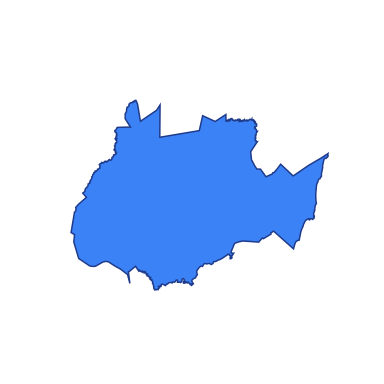 the district of San Ignacio, Sinaloa, Mexico, rotated 231°
{"feature_id": "50627088B92995602725414", "entity_name": "San Ignacio", "entity_type": "district", "adm_level": 2, "iso_a3": "MEX", "parent_name": "Mexico", "parent_adm1": "Sinaloa", "projection": "equal_earth", "projection_center": [-106.307, 23.924], "detail": "fine", "context": "isolated", "style": "filled", "palette": "blue", "viewbox_px": 384, "rotation_deg": 231, "n_neighbors": 0, "source": "geoboundaries", "source_scale": "gbopen_adm2", "svg_char_len": 6114}
<svg xmlns="http://www.w3.org/2000/svg" viewBox="0 0 384 384"><g transform="rotate(231 192 192)"><path d="M160.1,86.2L169.9,92.3L169.7,92.7L169.8,101.4L165.1,100.9L165.0,101.4L164.5,101.1L164.6,101.6L163.8,101.3L163.3,101.7L163.1,102.3L162.8,102.1L162.6,102.4L162.2,102.3L161.6,103.1L160.8,102.9L160.6,103.4L161.1,103.9L160.3,104.0L159.7,105.5L159.1,105.1L158.9,104.3L158.2,105.3L156.7,104.6L156.3,105.6L155.9,104.7L155.0,104.3L154.2,105.0L154.2,105.5L153.7,105.3L152.8,105.5L152.4,105.0L152.0,105.4L151.6,105.1L151.4,105.2L151.4,105.9L150.9,105.5L150.7,104.6L149.8,104.8L149.1,105.5L148.8,104.8L147.4,105.2L145.8,103.8L144.6,103.8L143.4,103.0L142.4,102.8L141.9,102.1L140.8,101.6L139.2,101.5L139.3,102.3L138.4,102.9L138.2,103.6L137.9,103.8L137.9,104.2L137.5,104.4L138.1,105.2L138.0,106.4L139.8,106.4L139.0,107.9L138.2,108.1L138.1,108.5L138.5,109.1L139.2,109.2L139.4,110.4L139.0,111.1L135.9,112.6L136.3,113.2L136.5,114.1L135.9,114.9L136.0,116.8L135.3,118.5L133.8,119.3L134.1,120.8L132.9,121.6L132.9,122.7L133.5,123.9L133.0,125.1L132.3,125.1L131.1,123.9L130.3,124.6L130.1,125.5L129.0,126.0L128.7,126.4L129.1,128.1L130.6,129.7L130.4,130.2L130.0,130.8L129.0,130.9L128.3,130.6L127.3,128.4L126.4,128.1L125.7,129.0L126.7,130.2L126.5,130.6L126.6,131.1L125.8,130.1L125.6,130.7L125.2,130.5L124.2,131.3L124.5,131.9L124.2,132.4L123.7,132.1L121.7,132.8L121.3,132.3L120.6,132.6L121.0,133.5L120.9,133.7L119.7,133.1L119.7,134.0L120.0,134.4L119.8,135.3L122.8,135.7L123.5,136.5L123.7,138.7L123.1,140.8L123.9,142.2L124.3,144.0L126.9,145.3L127.8,146.3L128.8,150.0L128.9,151.3L128.6,152.7L127.6,153.3L128.6,156.2L128.1,157.3L126.7,158.3L126.2,159.6L125.2,160.8L123.6,161.2L123.2,163.3L124.2,164.7L124.2,165.1L123.2,166.4L122.7,168.4L122.7,169.5L122.0,170.7L121.4,174.2L120.8,181.3L120.1,181.8L119.7,181.3L119.0,181.3L118.0,182.2L117.1,180.4L116.2,179.7L115.6,180.4L115.6,181.0L115.8,181.8L116.6,181.8L116.9,182.1L118.2,185.9L119.6,184.3L120.9,184.7L124.9,192.0L125.2,193.2L123.8,197.0L121.9,200.7L111.1,212.3L112.0,217.7L110.8,218.1L109.6,226.9L110.6,227.5L110.2,230.8L83.9,235.1L87.0,239.4L87.8,241.0L88.0,241.8L87.7,244.2L87.1,245.0L92.4,251.3L94.3,254.2L95.3,256.5L96.5,258.0L98.2,261.7L98.4,262.9L98.0,265.7L97.7,266.1L97.1,266.4L96.8,266.3L96.6,265.7L96.3,265.9L96.5,266.5L96.3,267.9L94.7,268.6L95.1,269.9L94.9,270.1L95.5,270.4L95.4,270.8L95.8,271.5L96.3,271.8L96.4,271.4L96.8,271.5L99.4,273.7L99.6,274.6L100.4,275.2L100.6,276.2L101.3,276.4L103.9,279.2L104.9,281.6L107.2,282.8L112.5,286.8L118.9,293.0L120.0,294.7L120.8,296.3L121.9,297.9L122.2,299.2L121.8,299.8L122.6,301.6L122.7,302.5L124.7,304.0L128.8,309.0L129.6,309.4L131.3,311.3L134.3,315.1L134.6,316.6L133.8,317.2L133.9,319.6L134.6,320.7L135.3,320.7L136.3,321.9L137.1,313.9L139.3,299.6L140.8,280.7L157.8,278.4L156.3,272.5L155.5,268.0L156.1,266.9L155.5,265.7L157.3,259.1L166.7,259.6L169.0,256.9L172.2,257.1L179.8,258.6L186.4,263.0L190.0,274.4L190.6,273.5L191.5,274.1L192.2,273.7L192.7,274.3L193.4,274.3L193.8,275.6L194.6,275.5L195.2,276.5L195.9,276.6L196.1,277.2L196.0,277.8L197.0,278.3L198.0,281.0L198.5,280.4L199.8,281.2L200.5,281.0L201.2,281.3L201.7,281.0L201.9,281.3L202.6,281.1L203.2,282.0L202.6,282.6L202.7,283.7L202.9,284.1L203.5,284.2L204.1,285.0L204.9,284.5L205.2,284.7L205.8,284.0L206.1,284.2L206.1,284.8L206.8,284.6L207.0,285.3L207.9,284.6L208.3,285.3L208.6,285.1L209.1,285.3L209.7,284.9L209.5,284.5L210.1,283.8L211.0,284.4L210.8,284.0L210.9,283.4L212.1,282.9L212.0,281.3L212.6,281.6L212.1,280.9L212.4,279.7L213.4,280.0L213.6,279.3L213.2,279.0L213.4,278.6L214.4,278.2L215.1,278.4L214.8,277.6L214.8,276.5L215.3,276.0L215.3,276.8L215.8,276.9L215.9,275.6L215.6,275.4L216.5,275.1L216.1,274.9L216.4,274.6L216.3,274.2L217.1,273.1L217.5,274.1L217.3,274.6L217.9,274.5L218.2,275.0L218.5,275.0L218.7,273.2L219.0,273.4L219.0,274.1L219.6,273.6L219.5,272.1L220.4,271.3L220.1,270.9L220.6,269.7L221.4,269.9L222.0,269.4L222.1,268.8L222.6,268.7L223.8,269.3L224.5,268.6L224.5,268.1L224.1,267.7L223.8,267.1L224.6,267.1L224.8,266.8L224.4,266.7L224.3,266.3L224.8,266.3L224.5,265.8L225.1,265.7L225.5,264.9L225.3,264.6L224.8,264.6L225.5,264.1L225.1,263.9L225.2,263.3L225.7,263.0L230.9,267.1L232.2,254.4L244.6,248.3L235.1,236.3L254.8,201.4L279.8,222.0L277.8,215.9L279.4,196.4L294.6,205.0L298.0,206.0L298.6,206.0L299.0,205.2L298.4,204.4L298.9,204.3L298.8,203.3L299.0,203.1L299.3,203.2L299.3,202.5L298.9,201.9L299.9,200.8L299.8,200.3L300.1,199.4L299.8,198.2L298.7,197.3L298.4,196.5L298.7,195.1L298.3,194.2L295.5,191.3L294.9,189.4L291.0,186.2L281.2,185.0L289.1,174.8L289.1,173.9L288.2,172.3L288.3,170.7L287.3,170.0L286.4,170.1L286.0,170.6L284.7,170.2L284.6,169.8L284.1,169.8L283.9,169.2L283.6,169.4L282.8,168.6L282.9,168.2L282.5,167.9L282.5,167.3L282.1,167.1L281.8,165.9L281.0,166.5L281.0,165.7L280.8,165.6L280.5,166.6L280.1,165.7L278.8,165.5L278.4,165.0L278.1,165.0L277.8,163.7L278.2,163.4L278.1,163.1L277.4,162.3L276.9,162.2L276.6,160.8L275.2,160.6L273.8,157.9L273.3,158.0L272.8,158.9L272.2,158.6L271.8,157.9L271.2,158.1L270.7,157.2L269.9,157.8L269.7,157.5L269.4,156.6L269.5,155.7L270.1,154.4L269.4,154.1L269.4,153.3L268.9,152.9L269.1,152.6L269.2,151.8L268.8,151.0L268.0,150.7L267.7,149.1L268.3,148.8L268.6,148.1L269.3,148.1L269.2,146.6L268.8,146.0L269.3,145.1L269.0,144.5L269.5,144.0L270.2,144.3L270.6,143.6L270.7,143.1L270.3,141.7L270.8,141.4L270.9,140.8L271.7,140.5L271.3,139.6L271.8,138.9L271.6,137.1L270.1,137.0L269.5,136.5L269.4,135.9L268.5,135.3L268.8,134.4L268.6,133.9L269.1,133.0L268.5,132.6L268.7,131.1L268.5,130.3L269.0,130.1L268.5,129.7L268.8,129.4L268.7,128.7L268.5,128.3L268.7,127.7L268.0,127.2L268.1,126.5L267.8,125.7L267.0,124.8L266.8,123.6L266.4,123.5L265.5,122.6L264.9,120.1L264.4,119.9L264.3,119.3L264.0,119.3L263.7,118.2L263.2,118.1L263.6,116.3L262.8,115.7L262.1,114.7L261.9,113.2L261.6,112.9L261.8,112.2L261.6,111.2L259.9,109.0L259.9,106.4L254.3,106.6L253.9,96.2L253.3,92.4L253.1,91.8L251.9,91.3L250.7,90.0L250.2,88.8L250.3,88.1L250.1,87.8L236.6,72.5L232.8,73.9L227.6,68.7L211.6,62.1L198.9,66.0L197.1,67.6L195.4,69.6L195.0,70.7L193.6,78.9L192.2,81.5L190.4,83.1L182.7,85.6L177.1,87.9L168.4,90.0L160.1,86.2Z" fill="#3b82f6" stroke="#1e3a8a" stroke-width="1.5"/></g></svg>